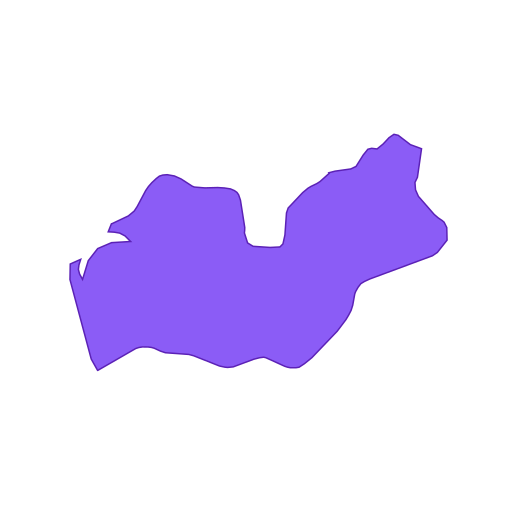 map outline of Montserrado (Robinson projection), rotated 45°
{"feature_id": "LBR-788", "entity_name": "Montserrado", "entity_type": "County", "adm_level": 1, "iso_a3": "LBR", "parent_name": "Liberia", "parent_adm1": "", "projection": "robinson", "projection_center": [-10.594, 6.529], "detail": "fine", "context": "isolated", "style": "filled", "palette": "violet", "viewbox_px": 512, "rotation_deg": 45, "n_neighbors": 0, "source": "natural_earth", "source_scale": "10m", "svg_char_len": 1632}
<svg xmlns="http://www.w3.org/2000/svg" viewBox="0 0 512 512"><g transform="rotate(45 256 256)"><path d="M224.9,448.9L212.4,445.4L141.1,404.2L130.3,393.0L134.4,382.3L137.1,387.5L139.9,391.1L144.0,393.5L149.9,395.2L140.7,377.9L138.8,362.7L144.4,348.7L157.1,334.4L149.2,334.4L143.4,336.2L138.9,339.4L134.4,343.4L131.0,335.5L131.0,335.4L131.3,335.0L137.4,317.9L138.1,310.3L137.0,305.0L131.7,287.7L130.8,282.8L130.5,277.8L130.7,271.7L131.2,267.8L132.9,264.6L135.7,261.3L141.7,257.1L148.5,254.5L161.6,251.7L163.7,250.8L171.8,243.9L180.5,234.7L185.6,230.2L190.5,226.6L194.5,225.0L197.6,224.5L200.4,225.0L205.5,227.5L227.9,243.8L229.8,245.8L231.5,247.9L240.8,252.7L247.1,251.2L259.9,240.0L266.5,232.7L266.5,228.4L261.6,220.7L247.1,204.0L244.8,199.3L244.2,178.2L244.8,171.4L245.7,167.8L247.8,161.8L248.6,158.2L249.3,145.9L248.6,145.7L251.9,140.1L261.4,127.5L263.4,121.9L260.4,108.8L259.6,101.4L261.6,98.1L265.9,94.7L266.7,86.9L266.4,78.2L267.5,72.4L271.2,70.1L286.4,68.1L297.2,63.1L314.5,86.2L316.4,91.6L322.0,96.4L328.7,99.0L352.6,100.6L357.9,100.2L362.5,99.3L365.1,99.1L370.8,101.0L379.9,109.7L381.7,125.2L380.6,131.1L352.8,191.6L350.7,197.3L349.7,201.4L350.3,206.0L351.6,210.7L352.6,212.9L359.2,222.4L361.7,227.2L363.3,232.3L364.6,237.5L366.6,251.7L367.4,288.4L366.4,297.9L365.1,304.2L363.3,306.7L359.2,310.8L356.8,312.4L354.2,313.7L335.0,320.9L333.0,322.1L330.4,325.5L327.4,330.6L318.3,350.5L314.7,354.9L312.6,356.6L308.0,359.6L282.5,370.6L278.1,373.1L260.3,388.5L255.7,390.8L249.2,393.2L246.7,394.6L244.1,396.6L240.0,400.6L237.9,403.5L236.4,406.4L225.0,448.8L224.9,448.9Z" fill="#8b5cf6" stroke="#5b21b6" stroke-width="1.5"/></g></svg>